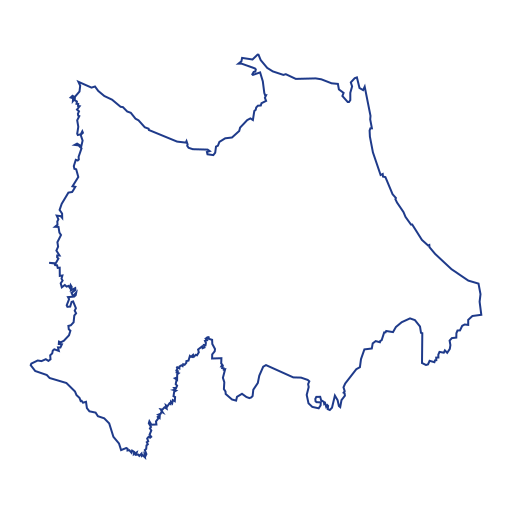 the district of Indramayu, Jawa Barat, Indonesia
{"feature_id": "22746128B59462811669242", "entity_name": "Indramayu", "entity_type": "district", "adm_level": 2, "iso_a3": "IDN", "parent_name": "Indonesia", "parent_adm1": "Jawa Barat", "projection": "equal_earth", "projection_center": [108.112, -6.449], "detail": "fine", "context": "isolated", "style": "outline", "palette": "blue", "viewbox_px": 512, "rotation_deg": 0, "n_neighbors": 0, "source": "geoboundaries", "source_scale": "gbopen_adm2", "svg_char_len": 5926}
<svg xmlns="http://www.w3.org/2000/svg" viewBox="0 0 512 512"><path d="M481.3,314.8L479.6,301.7L480.5,294.2L478.5,283.6L468.3,280.6L451.5,269.2L435.1,253.9L429.5,247.2L429.3,245.0L428.1,245.5L421.9,239.9L412.2,224.5L411.0,224.6L405.5,216.9L403.5,212.1L397.0,202.5L395.4,199.2L395.9,198.0L392.6,194.3L385.4,177.1L383.0,176.6L382.7,174.0L380.6,175.0L372.9,152.3L369.9,136.6L369.6,130.5L370.4,128.3L371.9,128.3L370.2,119.4L370.5,115.9L364.7,86.7L363.1,90.1L359.5,88.0L356.9,77.4L354.7,78.2L350.8,82.4L352.1,86.4L350.3,92.8L350.3,100.1L349.0,102.0L347.7,102.0L342.4,96.0L343.6,92.9L338.9,89.4L337.9,83.9L331.6,83.3L321.3,79.3L315.7,78.4L295.8,78.9L285.8,74.2L283.4,74.9L272.8,71.4L267.2,67.9L260.7,60.1L258.5,54.7L257.6,54.6L252.5,59.5L242.1,57.9L241.4,61.3L238.4,63.7L241.7,63.7L254.9,68.4L255.8,69.4L255.3,71.6L253.7,71.9L252.3,74.3L252.9,74.9L260.1,72.4L262.8,81.3L264.3,93.0L265.1,95.2L266.1,95.2L264.9,97.8L266.1,100.9L261.5,103.2L260.8,105.5L257.9,105.7L256.2,107.5L255.7,109.8L254.3,111.0L252.9,120.0L250.4,118.4L247.2,120.1L240.1,127.6L239.2,131.0L232.0,137.5L225.2,138.3L219.4,141.9L217.9,145.7L216.0,146.6L215.2,152.7L213.3,155.1L207.5,154.3L206.9,152.0L209.7,151.1L207.6,149.6L192.8,149.2L188.6,147.8L187.2,145.8L187.6,144.4L186.5,141.1L185.8,142.6L177.1,141.6L148.9,130.0L148.6,128.7L144.8,127.3L138.5,120.3L135.5,118.7L130.8,112.8L127.2,111.5L122.9,107.1L120.6,106.8L112.1,99.7L104.3,96.0L98.2,90.9L95.0,86.5L91.5,87.6L78.4,81.8L80.2,85.7L79.5,91.5L74.7,97.1L72.5,95.8L70.7,97.5L73.1,98.3L72.9,101.1L74.8,98.8L74.7,100.2L76.9,101.5L76.5,103.8L78.2,103.9L78.0,105.9L79.6,106.2L77.0,109.6L79.0,111.3L77.9,113.8L78.2,115.6L79.3,116.1L77.2,120.3L78.3,126.8L77.2,133.7L77.8,135.0L80.8,134.3L82.3,131.3L82.9,132.8L80.7,134.9L82.6,140.6L81.3,146.2L77.1,143.6L74.7,144.9L78.6,145.4L81.5,148.4L78.6,156.8L78.8,159.5L77.7,160.5L75.8,159.8L73.8,166.1L74.4,168.8L76.2,169.3L78.3,177.0L72.5,186.3L75.3,186.8L73.0,190.7L72.1,192.0L68.4,192.6L61.7,203.8L59.6,209.9L62.1,213.6L62.2,217.9L60.7,216.1L56.7,215.6L58.4,219.3L57.3,221.5L57.5,224.7L55.0,226.8L58.5,226.9L59.4,232.6L61.0,235.0L57.4,242.2L58.1,246.7L56.4,250.6L59.5,255.5L57.2,255.5L57.1,257.2L58.4,258.6L55.7,263.3L49.1,262.8L54.6,263.5L55.1,265.1L57.1,265.3L57.7,267.9L59.7,267.7L59.8,275.9L62.4,275.5L61.5,278.7L62.6,280.6L60.7,283.3L61.8,287.3L64.8,285.0L66.6,286.6L68.5,285.9L69.9,287.9L70.6,285.1L71.7,286.9L71.0,290.3L75.2,288.1L75.4,290.0L71.5,292.8L73.1,296.1L76.2,292.6L75.7,295.2L74.1,296.6L68.0,297.1L69.1,299.1L66.7,305.3L67.4,306.8L70.2,306.6L71.6,301.9L73.1,301.4L75.9,308.2L74.7,310.7L76.1,313.3L74.3,315.5L73.6,322.3L70.8,325.3L68.4,325.9L68.8,329.3L70.4,330.7L69.0,335.3L63.8,340.8L60.8,342.3L59.0,341.6L58.8,344.0L61.9,344.3L60.4,347.5L58.0,347.4L58.8,350.9L54.3,349.3L52.8,350.6L52.2,353.4L50.2,355.3L50.5,359.3L48.4,360.9L45.8,359.2L41.5,361.1L37.7,360.5L31.3,363.6L30.7,365.2L35.2,371.0L46.8,375.0L49.6,378.0L66.4,383.0L75.0,391.5L76.5,395.1L79.5,397.9L80.7,401.1L81.6,400.8L83.0,402.7L86.0,401.8L86.9,408.1L89.4,411.3L95.6,412.6L97.9,416.2L104.2,418.3L109.2,423.4L113.4,436.8L119.0,443.5L121.1,450.1L126.2,448.0L127.5,448.7L127.5,450.5L129.3,450.2L131.5,452.7L132.1,450.6L134.2,451.9L133.9,454.2L136.7,452.4L136.0,454.8L138.3,454.6L139.3,455.9L141.5,453.6L141.8,455.9L142.7,455.2L145.0,457.4L144.6,454.0L145.8,455.3L146.4,454.1L144.8,450.1L146.2,448.9L146.5,445.4L147.8,444.3L146.8,442.2L148.2,441.3L147.2,438.5L148.6,436.8L150.1,437.7L151.2,436.8L149.6,434.6L151.3,430.5L149.9,428.4L151.0,427.0L148.8,423.3L149.4,421.3L151.4,424.7L156.4,424.5L156.0,421.4L158.4,418.3L157.3,416.2L159.6,418.0L159.8,415.2L158.5,414.6L160.7,413.7L161.5,411.8L162.7,412.4L160.6,409.3L162.4,409.6L164.5,407.3L166.6,408.6L165.9,405.3L167.3,406.4L169.5,403.3L170.5,404.0L170.9,401.7L172.2,403.3L172.8,400.1L174.8,401.2L175.1,397.0L173.5,396.2L174.2,391.7L175.9,390.7L173.7,390.0L175.3,389.6L174.2,388.0L176.1,388.0L177.1,385.7L175.7,384.1L176.6,379.5L174.9,378.3L176.2,377.8L177.1,379.0L177.2,374.3L178.6,373.2L176.8,372.5L177.8,371.2L176.4,370.6L177.5,368.2L176.5,366.8L179.4,368.4L179.5,366.5L181.4,365.3L182.6,366.1L183.2,364.2L184.6,364.8L186.3,362.8L186.4,361.1L188.5,360.6L189.9,355.9L191.0,356.8L192.4,355.5L192.1,357.7L193.4,355.4L194.0,356.6L195.8,354.8L197.0,355.3L198.8,352.3L198.1,349.5L202.1,346.4L202.6,348.2L204.5,347.4L204.0,345.0L205.5,345.2L205.9,342.8L205.0,340.9L206.9,340.3L205.7,338.6L207.1,337.9L206.8,336.8L207.9,338.1L208.9,336.5L208.4,338.7L212.1,339.8L212.3,344.0L215.0,349.0L214.7,351.3L212.2,354.4L212.1,358.5L221.4,358.2L221.2,363.4L222.3,364.7L221.4,366.3L222.7,366.2L222.2,368.1L223.8,368.4L223.8,369.6L225.1,369.3L222.9,377.8L224.3,382.2L223.9,389.1L225.5,391.5L225.7,394.0L232.0,399.5L236.1,400.6L237.0,396.8L242.0,393.8L246.4,397.0L249.4,398.1L251.3,397.4L252.6,396.0L253.3,389.7L257.8,383.0L259.3,375.6L263.2,366.7L266.0,365.1L293.3,377.4L301.0,377.6L307.7,379.9L309.3,381.3L308.1,384.1L308.7,387.0L306.7,394.9L308.5,403.3L312.3,406.9L318.7,408.3L320.6,405.4L320.8,402.3L316.7,402.2L315.6,401.4L315.3,399.0L316.3,396.9L320.2,396.8L321.1,400.2L323.9,401.9L324.2,403.9L325.1,403.1L326.2,406.8L327.3,405.1L328.1,405.9L327.7,409.1L329.8,410.0L332.0,407.7L334.9,395.6L337.6,400.2L338.9,406.0L340.2,407.1L341.5,400.1L344.9,395.7L344.6,393.3L343.6,392.7L344.7,391.2L343.5,387.3L345.2,383.5L356.3,369.2L359.9,367.2L361.0,359.1L364.4,349.4L371.8,348.5L372.7,343.4L375.7,341.1L380.8,342.5L379.7,342.0L380.1,341.1L381.7,340.1L384.2,332.4L385.5,332.4L386.2,331.0L393.0,332.1L395.9,327.0L401.7,322.2L410.0,318.4L414.9,320.1L420.0,326.5L421.0,332.8L422.3,333.2L422.0,363.0L426.0,365.0L428.0,364.4L429.6,360.8L434.4,362.2L435.0,360.4L436.3,360.2L436.2,357.6L438.4,357.5L438.3,354.7L439.5,351.9L443.8,352.7L444.9,350.4L447.2,352.8L449.8,348.9L450.4,345.1L449.6,340.6L451.9,338.1L456.3,337.6L456.4,333.2L457.5,330.5L460.0,330.4L462.2,325.8L464.7,324.5L468.2,324.9L468.2,319.9L472.4,316.0L481.3,314.8Z" fill="none" stroke="#1e3a8a" stroke-width="2"/></svg>